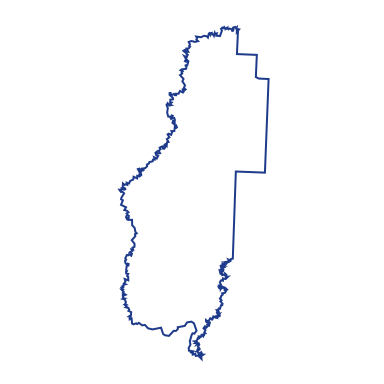 the district of Moira, Victoria, Australia, rotated 272°
{"feature_id": "25037944B99849949120083", "entity_name": "Moira", "entity_type": "district", "adm_level": 2, "iso_a3": "AUS", "parent_name": "Australia", "parent_adm1": "Victoria", "projection": "albers", "projection_center": [145.363, -36.051], "detail": "fine", "context": "isolated", "style": "outline", "palette": "blue", "viewbox_px": 384, "rotation_deg": 272, "n_neighbors": 0, "source": "geoboundaries", "source_scale": "gbopen_adm2", "svg_char_len": 5964}
<svg xmlns="http://www.w3.org/2000/svg" viewBox="0 0 384 384"><g transform="rotate(272 192 192)"><path d="M150.2,136.8L148.8,138.2L147.8,136.4L145.8,136.9L141.8,133.5L138.2,136.4L135.2,136.4L134.3,134.5L132.3,135.2L132.5,133.5L131.0,134.3L129.6,132.0L128.3,134.1L126.2,133.5L127.6,131.1L126.5,130.3L126.8,129.1L123.3,127.6L122.0,128.6L120.7,127.4L118.3,128.2L117.2,129.5L118.2,130.3L117.8,131.2L116.2,130.9L116.0,129.4L111.9,128.9L110.9,129.8L110.0,128.8L108.3,129.1L107.9,131.1L105.8,130.1L104.9,131.2L101.5,131.4L102.7,127.8L100.1,128.6L98.2,127.2L97.5,128.8L96.8,126.8L95.6,126.7L95.4,124.9L94.9,127.5L94.1,124.9L92.4,126.4L92.2,124.8L89.8,127.2L88.7,126.4L87.0,129.3L86.3,127.9L87.3,127.0L86.5,126.3L83.5,126.9L83.3,128.1L82.7,126.7L82.2,128.6L79.6,129.8L77.9,129.1L77.2,130.2L76.9,128.7L74.9,131.0L74.4,130.1L73.8,132.6L72.3,133.3L71.0,132.6L69.8,135.4L66.9,135.3L65.4,133.3L65.2,134.9L63.6,134.2L63.6,135.3L62.8,134.9L63.2,136.1L58.4,136.7L57.7,138.1L58.8,140.7L58.1,141.8L59.4,143.4L57.0,146.9L57.5,149.6L54.2,152.9L53.3,157.3L55.3,165.8L49.1,168.1L47.9,169.9L47.4,174.0L52.6,178.5L52.6,180.8L54.7,182.7L56.4,182.5L57.9,189.4L61.5,191.6L62.4,195.9L60.9,198.5L53.6,201.4L50.5,199.3L50.8,197.6L49.6,196.8L42.8,195.0L39.4,195.8L36.0,194.1L33.3,194.5L32.9,198.2L32.0,197.4L32.7,196.7L31.7,196.4L31.1,197.6L31.7,198.7L29.5,198.5L30.3,201.0L28.3,201.5L28.8,204.2L27.8,204.8L28.5,206.4L26.8,206.0L25.5,207.3L28.3,207.0L29.9,209.1L30.0,207.2L30.8,208.4L30.7,207.5L32.2,206.8L31.6,205.9L30.1,206.3L30.1,204.5L32.6,203.4L32.8,202.0L34.3,204.3L34.9,203.1L36.0,203.6L36.0,204.7L37.8,203.3L39.6,204.6L40.8,204.1L39.8,202.3L41.1,203.1L41.1,200.4L42.2,201.7L42.9,199.9L43.3,201.9L46.4,203.0L45.8,203.9L46.7,204.8L47.9,204.2L47.7,206.0L49.2,206.4L48.3,207.9L49.7,207.7L49.4,209.0L50.5,209.0L51.2,210.3L52.1,209.2L54.4,210.3L56.1,208.3L57.8,209.4L56.8,209.9L57.7,210.3L57.0,211.1L58.3,212.2L59.6,211.9L59.0,213.7L61.2,214.2L60.7,213.2L61.9,213.6L61.6,212.7L63.0,210.6L64.4,210.5L63.7,211.4L63.9,213.3L66.4,214.6L65.3,216.2L66.0,216.3L65.8,217.8L66.4,216.9L68.3,217.6L67.8,218.2L68.5,219.7L67.3,219.7L67.1,220.9L68.1,220.1L68.9,221.5L68.1,222.3L69.2,224.1L69.8,224.0L69.5,222.2L71.1,223.5L70.6,222.0L72.0,222.1L72.3,220.2L72.7,222.4L74.2,221.3L73.9,222.5L74.9,222.0L74.8,223.4L75.4,222.2L76.6,222.9L76.4,224.1L79.8,224.9L80.2,227.0L80.4,225.9L81.4,226.4L83.7,224.2L84.8,225.3L87.0,223.0L86.5,224.2L89.1,224.8L90.5,226.3L91.8,225.7L92.4,228.4L94.1,229.4L94.8,228.5L95.7,230.4L96.8,229.2L95.6,228.5L96.7,228.0L96.2,226.8L97.5,228.1L98.1,226.9L97.4,226.1L98.2,225.5L96.1,224.2L97.1,224.2L96.6,222.8L98.0,221.9L98.5,223.4L99.5,222.4L99.9,224.4L102.5,223.0L104.5,223.8L104.5,225.8L106.2,225.2L105.4,226.0L106.7,226.0L106.1,228.5L108.5,230.9L108.1,228.9L110.3,229.4L111.6,227.9L109.7,227.9L110.5,226.9L110.0,225.2L112.2,225.1L110.8,224.6L111.3,223.3L112.7,222.9L111.4,224.2L113.4,224.0L113.7,225.7L114.6,225.9L114.2,225.0L115.4,223.2L116.4,225.3L117.5,223.8L119.1,223.2L119.6,224.0L117.6,224.4L118.0,226.7L119.4,225.0L119.5,226.8L120.4,225.0L121.4,225.0L120.1,225.9L120.8,228.2L121.4,228.7L122.0,227.0L122.8,229.5L123.3,228.2L124.0,231.6L125.7,230.7L124.7,232.9L126.3,233.1L126.8,235.1L214.0,235.1L213.9,264.2L307.6,264.6L307.7,254.8L309.1,251.8L331.3,252.0L331.4,232.1L353.1,232.3L352.5,231.2L355.6,231.2L355.3,232.7L356.2,233.4L356.7,230.7L358.0,230.9L357.4,230.3L358.5,229.4L357.7,227.5L358.2,226.7L356.8,227.9L354.7,227.5L354.4,226.6L356.1,225.9L356.6,223.8L355.9,222.8L357.0,222.1L356.3,220.7L357.3,221.1L356.4,219.4L357.9,218.4L356.8,217.5L357.4,216.7L356.1,215.3L354.4,216.3L348.8,214.5L349.1,210.8L351.4,211.3L350.9,209.5L351.7,209.2L348.9,208.5L350.3,207.8L350.0,206.8L350.8,206.5L350.1,206.1L351.7,206.2L351.3,204.7L350.2,204.6L351.4,203.9L350.9,203.3L346.9,202.5L348.2,201.2L348.5,198.4L347.0,195.7L347.5,190.8L346.1,191.7L344.5,191.1L343.0,192.8L342.1,189.6L342.9,186.2L341.8,183.5L339.3,184.8L337.8,184.0L337.1,185.0L335.4,183.7L335.2,181.8L331.9,183.4L331.9,180.8L334.0,180.3L332.8,178.5L330.2,181.9L329.0,181.8L328.8,182.9L326.3,181.9L327.4,179.7L324.6,181.5L322.5,180.4L322.0,181.5L323.6,182.7L322.6,183.8L318.7,182.9L318.2,180.4L317.7,182.2L314.9,181.8L314.2,177.4L313.3,176.3L312.3,178.5L311.2,177.5L310.1,178.1L308.4,176.0L304.7,179.6L302.3,178.5L298.4,181.3L295.6,180.2L294.3,182.0L293.7,181.3L294.7,179.9L294.2,179.1L292.0,180.2L291.1,179.5L292.6,176.5L289.8,175.2L289.6,172.6L288.2,172.7L288.2,171.3L289.4,170.6L287.8,167.8L290.2,167.2L290.1,166.2L288.3,166.2L285.6,169.5L284.0,169.8L283.5,167.1L280.9,167.1L280.7,168.5L278.9,166.7L278.1,168.3L277.6,166.2L279.9,164.6L278.1,163.5L275.1,164.9L270.5,164.4L266.6,165.6L266.5,167.4L265.2,168.1L267.8,169.0L267.5,170.1L264.6,169.6L265.3,171.7L263.3,172.4L262.3,172.1L262.3,170.5L260.3,170.1L259.6,171.2L260.5,172.3L256.5,172.6L257.8,173.9L256.2,174.7L255.4,173.9L255.7,172.5L252.3,172.2L252.1,169.3L251.0,170.0L248.4,169.2L249.5,166.7L248.7,165.6L245.9,167.5L244.0,165.0L241.2,166.8L240.8,165.3L237.5,165.1L239.0,164.0L238.4,163.0L236.1,163.8L234.3,162.8L234.4,161.2L236.6,161.6L236.5,160.4L235.1,158.1L233.7,158.9L231.9,157.4L229.7,158.7L229.3,155.5L231.1,155.5L229.9,154.1L227.4,155.0L227.0,156.9L224.2,155.6L225.4,152.9L223.1,153.7L222.9,151.8L221.3,151.6L220.3,148.2L218.9,147.9L217.9,146.0L216.2,146.3L214.3,144.5L213.8,142.2L211.6,143.3L213.4,140.8L212.2,140.1L210.8,140.8L210.3,140.0L213.5,138.6L213.0,137.1L209.1,139.3L207.2,138.6L208.1,140.5L207.1,140.7L205.7,139.1L206.3,136.7L203.7,136.7L205.2,133.1L202.5,132.9L200.9,129.8L198.3,128.8L199.0,126.5L196.9,127.0L197.4,125.4L196.7,124.3L198.1,122.7L194.3,122.6L193.2,125.1L192.4,125.2L191.9,123.9L193.1,121.4L191.6,121.2L191.7,119.4L189.6,120.9L189.9,122.2L188.3,124.2L183.8,121.6L182.2,121.4L181.3,123.2L176.7,121.5L174.4,126.6L171.6,125.0L171.0,127.6L169.5,129.2L168.2,127.4L166.5,128.8L165.6,127.2L164.3,127.0L162.8,127.9L164.5,129.6L161.9,129.4L162.1,133.0L156.6,133.4L154.2,135.9L150.2,136.8Z" fill="none" stroke="#1e3a8a" stroke-width="2"/></g></svg>